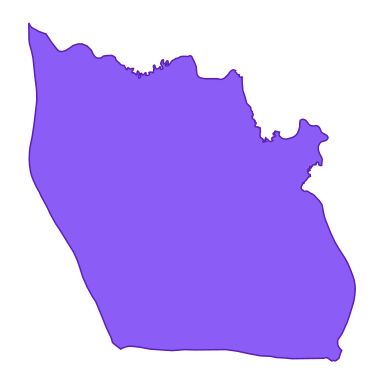 Naxaithong, Vientiane [prefecture], Laos (Natural Earth projection)
{"feature_id": "54806243B89658590845208", "entity_name": "Naxaithong", "entity_type": "district", "adm_level": 2, "iso_a3": "LAO", "parent_name": "Laos", "parent_adm1": "Vientiane [prefecture]", "projection": "natural_earth1", "projection_center": [102.482, 18.185], "detail": "fine", "context": "isolated", "style": "filled", "palette": "violet", "viewbox_px": 384, "rotation_deg": 0, "n_neighbors": 0, "source": "geoboundaries", "source_scale": "gbopen_adm2", "svg_char_len": 5876}
<svg xmlns="http://www.w3.org/2000/svg" viewBox="0 0 384 384"><path d="M341.7,350.5L339.2,347.7L337.8,345.0L337.6,342.4L337.9,339.8L340.7,335.7L342.6,332.5L347.0,322.6L349.4,315.8L353.2,303.5L354.2,299.1L354.9,294.0L355.2,289.5L355.1,286.2L354.1,279.8L352.9,276.1L350.8,270.5L347.7,263.1L345.4,258.9L338.3,247.8L335.3,242.7L331.2,234.2L325.1,218.9L324.0,215.1L322.0,204.7L319.4,200.9L314.0,195.1L307.1,191.1L306.4,191.1L304.7,191.4L304.0,191.3L303.2,190.4L301.5,189.3L301.2,187.9L301.2,186.8L301.7,185.7L302.0,185.4L302.6,183.8L302.7,182.9L303.1,182.8L303.5,183.3L303.9,183.4L304.1,182.6L304.6,181.7L305.2,181.0L305.8,180.7L306.0,180.1L307.4,178.7L308.0,177.6L308.5,177.2L308.7,176.6L309.1,176.8L309.3,176.7L309.5,176.4L310.1,176.5L310.4,176.3L310.0,175.3L309.6,174.9L309.7,174.7L310.2,174.7L310.1,174.4L309.2,174.3L308.5,173.8L307.5,171.6L307.6,170.8L307.8,170.8L308.3,171.4L308.5,171.4L308.8,171.2L308.9,170.5L310.1,170.3L310.1,169.8L309.9,169.7L308.5,169.4L308.2,169.2L308.3,169.0L308.8,168.9L310.0,168.3L309.7,167.0L309.8,166.7L310.3,167.1L310.7,168.0L311.1,168.0L311.7,166.8L311.7,166.2L312.2,166.2L312.5,165.9L312.7,165.1L313.5,164.7L314.6,164.9L315.3,164.6L315.9,164.8L316.1,164.4L315.6,163.8L315.7,163.5L316.3,163.3L316.7,162.4L317.4,162.1L318.3,162.3L318.5,163.9L319.3,165.1L319.8,165.5L320.9,165.6L321.8,165.1L321.7,163.7L322.2,160.0L322.1,158.9L321.4,157.0L319.6,153.7L318.5,150.6L318.2,148.9L318.2,147.3L318.5,145.9L319.7,143.4L320.6,142.3L321.7,141.7L325.8,140.5L327.1,139.5L327.9,138.3L328.0,137.2L326.9,135.5L325.9,134.8L323.2,133.4L321.9,132.5L321.2,131.7L320.2,129.1L319.2,127.2L317.6,126.0L316.6,125.7L315.5,125.7L314.3,126.0L312.9,125.9L311.5,125.7L310.5,125.4L309.7,125.0L308.9,124.3L306.0,120.6L305.0,119.9L303.2,119.3L302.0,119.4L300.9,119.9L300.4,120.3L299.9,121.6L299.6,127.2L298.7,130.5L297.3,133.5L296.4,134.7L294.2,136.6L292.2,137.5L288.1,138.7L286.3,139.1L284.7,139.0L283.4,138.7L282.0,138.2L279.7,136.4L279.1,134.9L279.2,132.9L279.5,132.1L276.9,131.5L276.2,131.6L275.8,131.9L275.5,131.7L275.5,131.1L275.1,131.1L274.8,131.4L274.5,132.3L274.1,132.6L274.4,133.5L273.6,133.3L273.3,133.2L273.1,133.4L273.4,134.2L273.3,134.8L273.8,135.0L274.8,134.8L275.3,135.4L275.2,136.4L273.9,137.0L273.1,136.9L272.7,137.5L271.8,138.1L271.8,139.4L272.7,140.6L271.1,141.5L270.0,141.3L268.9,140.9L268.2,140.4L267.9,139.4L266.6,139.0L265.8,137.7L265.3,138.4L265.2,139.5L265.3,140.2L265.9,141.4L263.8,142.2L263.5,142.1L262.9,141.7L263.0,141.0L263.8,140.9L264.0,140.6L263.5,139.9L263.0,139.7L262.7,138.8L261.8,138.4L261.5,138.0L260.8,137.5L260.5,137.5L260.1,136.2L260.0,133.3L260.5,131.8L260.2,130.4L260.4,128.9L260.2,128.1L259.8,127.4L258.8,127.7L257.6,126.7L256.4,127.0L255.3,126.5L254.9,126.0L255.0,125.3L255.7,124.4L256.2,123.0L256.0,122.6L255.2,122.5L254.8,122.2L254.8,121.9L255.1,121.6L254.8,121.0L255.0,120.8L255.0,120.5L254.5,120.3L253.8,119.3L252.7,118.8L252.3,118.1L252.5,116.9L251.9,116.6L251.9,116.3L252.6,116.1L253.0,115.8L253.1,114.5L253.1,114.1L252.4,113.0L252.3,111.6L251.2,110.6L250.6,107.2L246.8,103.4L244.9,96.5L242.9,90.7L242.1,81.8L242.1,80.6L242.3,79.7L241.7,79.0L242.4,77.5L241.9,76.8L240.9,77.5L240.0,76.9L239.6,76.9L239.1,76.6L239.3,74.9L239.1,74.6L238.1,74.8L237.3,74.4L236.4,73.0L235.3,71.9L235.3,71.2L235.6,70.6L233.5,69.8L232.2,70.1L230.3,71.5L228.0,74.7L224.4,78.2L221.3,79.5L217.4,78.7L204.7,78.7L200.5,77.9L198.4,76.7L196.9,74.3L196.2,66.8L194.9,63.2L191.5,56.2L189.7,55.7L188.4,56.5L183.8,56.3L180.7,56.6L177.7,58.3L175.9,58.4L174.2,59.7L172.8,60.3L171.6,61.3L170.1,63.7L168.2,65.7L167.3,65.9L166.3,66.0L165.5,65.3L165.5,64.6L166.3,64.2L167.1,64.3L168.1,63.9L168.4,63.0L167.8,60.9L167.3,60.8L166.9,60.9L166.3,61.5L166.2,63.0L163.7,63.6L163.2,62.9L163.6,60.9L163.3,59.8L162.7,59.8L162.3,60.0L160.7,63.2L160.8,64.1L161.3,65.0L161.8,65.5L162.4,66.7L162.8,68.6L162.3,69.2L160.9,69.4L160.5,68.9L160.6,67.0L160.0,66.8L158.6,68.3L157.9,68.8L157.2,69.1L156.6,69.0L156.0,68.6L155.0,66.9L154.8,65.6L154.4,65.1L153.8,65.3L153.4,66.0L153.4,67.1L154.1,68.7L154.1,69.1L153.7,69.3L153.9,70.3L153.4,71.0L153.4,72.3L153.0,72.7L152.3,72.6L150.9,72.0L150.3,72.0L149.8,72.5L149.3,72.3L148.9,72.5L148.9,72.9L149.5,73.4L149.4,74.6L149.0,75.0L148.0,75.3L146.4,75.4L145.7,75.4L146.1,73.6L146.0,72.9L145.7,72.7L145.2,72.8L144.1,74.2L142.7,75.0L141.5,73.3L140.7,73.5L140.5,75.4L140.5,77.3L139.9,77.7L138.8,78.0L138.5,76.6L139.2,74.8L139.2,73.2L138.9,72.0L137.7,71.0L137.1,72.1L136.9,74.3L136.6,74.8L136.2,74.9L135.6,74.0L134.2,73.2L133.9,72.7L132.3,72.9L131.9,72.3L132.0,71.7L132.3,70.9L132.7,70.7L133.2,69.8L133.5,68.9L133.5,68.5L133.0,68.4L131.5,68.6L130.3,69.0L129.6,68.9L128.9,68.2L128.1,67.7L127.7,68.0L127.4,68.9L127.1,69.0L127.0,69.8L126.8,69.8L126.5,69.5L126.0,68.6L125.1,67.6L124.4,65.8L123.9,65.4L122.5,65.4L121.9,65.0L120.9,65.0L119.6,63.3L116.6,60.6L115.7,59.2L115.2,57.3L112.8,55.8L111.5,55.4L106.5,55.6L103.5,56.1L101.0,58.0L98.1,58.2L95.3,57.1L93.3,54.4L91.3,50.2L87.1,46.0L82.0,43.9L78.0,44.0L73.1,45.5L69.3,48.3L65.5,50.6L62.0,51.6L58.7,51.1L56.2,48.3L51.3,42.0L46.1,34.0L39.1,31.6L32.2,27.8L30.7,26.5L28.8,23.0L29.0,39.8L29.6,44.1L31.7,51.7L33.1,58.6L35.1,78.1L36.3,87.4L36.7,92.7L36.8,100.2L36.2,106.2L34.0,124.7L32.1,137.1L30.3,145.6L29.6,150.7L29.2,158.3L29.5,164.6L30.5,171.5L31.6,175.8L33.6,180.9L36.5,187.1L39.4,192.2L41.2,196.3L47.4,207.6L50.2,213.8L56.0,224.2L59.1,228.7L73.5,252.0L75.6,256.4L77.6,261.2L79.8,267.6L82.7,276.9L87.1,286.9L92.3,296.4L95.8,301.7L102.3,317.4L106.0,326.8L111.1,337.6L112.4,341.9L112.5,342.6L116.5,345.9L120.8,349.1L121.0,348.7L125.2,347.0L128.7,346.3L132.5,346.3L140.8,347.3L150.0,349.1L172.4,350.6L184.4,349.6L196.0,349.9L226.0,349.6L237.5,351.2L248.1,353.5L260.4,355.8L270.6,356.3L276.4,357.5L285.4,358.0L292.0,358.7L323.4,358.3L325.7,357.7L327.2,357.7L331.8,361.0L332.8,360.5L333.4,360.4L334.8,360.9L335.8,360.7L338.9,358.4L340.5,353.2L341.7,350.5Z" fill="#8b5cf6" stroke="#5b21b6" stroke-width="1.5"/></svg>